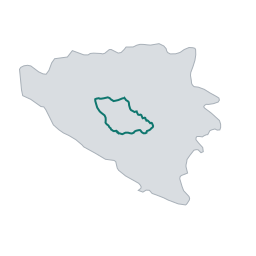 where Central Bosnia sits in Bosnia and Herzegovina, rotated 347°
{"feature_id": "BIH-2226", "entity_name": "Central Bosnia", "entity_type": "Canton", "adm_level": 1, "iso_a3": "BIH", "parent_name": "Bosnia and Herzegovina", "parent_adm1": "", "projection": "equal_earth", "projection_center": [17.688, 44.116], "detail": "fine", "context": "in_parent", "style": "outline", "palette": "teal", "viewbox_px": 256, "rotation_deg": 347, "n_neighbors": 0, "source": "natural_earth", "source_scale": "10m", "svg_char_len": 3248}
<svg xmlns="http://www.w3.org/2000/svg" viewBox="0 0 256 256"><g transform="rotate(347 128 128)"><path d="M211.1,65.4L211.5,66.9L210.5,71.9L208.4,77.2L205.1,82.8L201.6,88.1L200.7,90.9L200.4,95.4L200.0,98.9L200.5,100.8L201.7,102.6L205.7,104.0L211.0,107.5L215.6,112.1L221.5,117.4L223.3,119.3L223.3,121.4L221.6,123.0L216.7,123.5L211.5,123.1L209.5,122.5L207.6,123.2L206.5,124.4L207.1,125.8L212.5,132.2L218.8,141.3L219.1,145.2L218.4,148.3L217.0,150.5L214.4,150.1L212.5,148.5L209.5,148.6L207.2,149.0L204.2,152.4L202.7,152.2L200.2,152.7L198.5,153.4L195.9,152.4L193.2,151.8L192.1,152.8L191.6,154.7L193.3,158.3L196.4,163.8L196.0,168.0L193.6,168.5L191.4,165.0L189.4,164.4L187.2,164.5L182.1,168.6L178.4,172.0L177.5,174.4L176.2,177.1L175.8,178.9L175.9,185.3L169.2,186.3L167.8,187.2L167.0,189.1L167.5,197.3L168.1,201.6L172.0,208.4L172.2,210.5L171.6,211.9L168.9,214.6L167.6,215.6L166.7,215.9L162.2,214.1L160.0,213.3L151.0,207.3L147.0,204.0L140.7,199.7L136.8,197.2L134.8,193.5L131.7,192.6L128.1,193.8L124.0,191.1L126.9,189.7L127.6,188.4L127.2,186.6L126.0,184.3L114.8,174.1L109.4,167.2L108.5,164.7L108.5,158.0L107.2,156.5L99.0,153.4L90.0,144.8L80.6,136.4L79.4,134.1L74.6,127.7L68.7,122.0L64.0,118.3L60.2,114.1L56.0,108.2L53.9,99.4L52.0,91.6L50.7,88.5L48.0,87.5L39.7,78.2L32.7,72.8L32.8,67.0L34.1,57.3L35.5,46.4L37.2,44.8L40.5,44.0L44.2,44.3L47.3,45.7L53.6,53.2L57.3,56.1L60.3,57.2L63.9,54.1L68.3,47.4L72.1,44.0L84.9,45.2L91.2,40.1L101.4,46.8L105.6,47.8L108.0,46.9L111.2,47.3L118.3,49.3L120.0,50.1L122.1,50.0L127.4,47.4L129.2,47.7L135.3,52.8L138.3,52.9L142.0,50.6L144.3,48.7L151.3,50.2L155.2,49.3L158.6,49.2L162.1,50.1L165.4,51.3L168.6,52.3L177.2,52.8L181.3,56.1L183.0,59.3L183.0,61.2L183.5,63.3L185.8,65.3L191.0,66.4L194.3,66.2L196.0,66.0L200.4,64.2L205.6,63.3L209.3,64.4L211.1,65.4Z" fill="#d9dde1" stroke="#a8b0b8" stroke-width="1"/><path d="M107.3,117.7L107.8,116.2L108.2,114.7L108.5,112.9L108.0,110.4L105.4,107.2L104.2,105.5L103.4,103.4L102.6,101.2L102.4,98.3L102.2,94.4L102.5,92.6L103.8,92.3L106.3,92.4L106.9,93.0L108.3,93.4L111.1,93.6L113.5,93.6L115.2,93.6L116.8,94.7L118.1,96.7L119.1,97.5L119.9,98.5L121.7,98.6L124.8,98.6L129.1,97.9L131.2,98.0L131.3,97.9L131.8,98.9L132.3,100.3L133.3,101.3L134.3,102.4L134.5,103.6L134.2,106.3L134.4,109.7L135.0,111.3L136.7,112.7L137.9,113.9L139.4,113.7L140.2,113.8L140.2,114.8L140.6,116.3L140.9,117.3L141.9,117.8L142.7,117.8L143.3,117.8L143.9,118.4L144.1,119.8L144.5,121.8L145.3,121.8L146.7,121.7L147.1,122.1L147.2,123.1L147.1,123.7L147.7,124.4L147.7,125.0L148.3,125.0L148.7,125.0L149.1,125.5L150.3,127.4L150.7,128.3L151.3,128.3L151.9,128.2L152.4,128.6L152.8,130.6L152.9,131.7L152.6,132.4L152.0,133.0L150.9,133.4L149.3,134.5L147.7,135.0L145.8,135.2L145.2,135.9L145.0,136.7L143.6,137.0L142.0,136.6L141.9,136.6L140.5,135.2L140.2,134.6L139.7,133.3L139.5,133.1L139.2,132.7L137.7,132.5L135.3,132.5L133.7,132.9L132.8,133.6L132.5,133.9L130.5,134.2L128.9,133.6L126.9,132.5L124.6,132.0L123.3,132.2L122.3,132.5L121.0,132.7L119.6,131.9L118.6,131.3L117.7,131.1L117.8,131.2L117.7,131.2L117.5,130.2L116.1,128.1L114.7,128.0L113.5,127.9L112.6,127.2L111.8,126.2L111.2,125.7L111.0,124.3L110.5,123.8L110.4,123.6L109.8,122.5L109.7,121.7L109.4,121.0L108.5,120.1L107.6,118.6L107.3,117.7Z" fill="none" stroke="#0f766e" stroke-width="2"/></g></svg>